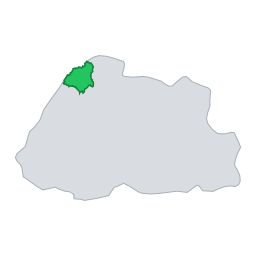 Laya, Gasa, Bhutan (highlighted)
{"feature_id": "84629894B6989657948479", "entity_name": "Laya", "entity_type": "district", "adm_level": 2, "iso_a3": "BTN", "parent_name": "Bhutan", "parent_adm1": "Gasa", "projection": "equal_earth", "projection_center": [89.7, 28.07], "detail": "medium", "context": "in_parent", "style": "filled", "palette": "green", "viewbox_px": 256, "rotation_deg": 0, "n_neighbors": 0, "source": "geoboundaries", "source_scale": "gbopen_adm2", "svg_char_len": 2807}
<svg xmlns="http://www.w3.org/2000/svg" viewBox="0 0 256 256"><path d="M210.0,105.1L209.6,107.1L207.7,112.5L206.5,118.4L207.6,123.2L211.9,129.0L217.6,133.6L224.9,133.9L231.6,132.2L234.3,132.9L238.0,140.6L240.6,147.3L237.2,154.1L235.3,160.2L234.6,164.4L235.1,166.3L237.3,169.8L239.8,175.7L240.2,181.1L238.6,184.7L235.2,186.5L231.5,186.0L228.5,186.1L224.6,186.7L218.7,188.7L213.2,191.3L202.8,190.8L198.6,185.5L196.6,185.4L187.2,192.4L176.9,191.2L158.1,193.5L150.3,194.0L142.2,193.3L138.2,191.8L130.6,186.9L123.7,183.3L116.7,186.6L114.3,187.2L108.7,195.6L96.5,198.4L84.4,200.4L80.9,199.3L74.0,198.8L73.8,196.8L74.0,194.9L72.4,193.4L69.7,191.8L64.9,191.2L58.8,189.1L55.3,187.1L42.9,190.0L35.7,185.6L27.5,179.6L23.3,176.9L21.8,167.5L20.4,164.5L17.2,161.4L15.4,157.6L16.8,153.8L25.0,146.7L25.7,145.0L29.5,131.7L34.7,126.8L39.9,120.1L43.9,109.4L51.4,98.5L59.7,87.3L65.4,78.1L69.2,73.9L77.0,69.3L83.5,66.6L88.0,60.5L93.4,57.2L99.0,55.6L107.3,56.4L115.1,58.6L123.6,61.6L124.6,64.1L123.9,68.4L122.7,72.8L122.6,75.1L123.9,76.3L132.3,77.2L142.6,76.5L148.3,77.1L161.1,81.1L164.9,84.0L168.8,86.2L172.6,85.8L177.5,81.1L182.6,77.1L185.7,76.5L188.0,77.8L192.1,81.6L200.6,85.2L208.1,87.9L210.6,90.4L209.8,101.4L210.0,105.1Z" fill="#d9dde1" stroke="#a8b0b8" stroke-width="1"/><path d="M83.0,93.1L84.4,91.6L84.4,90.6L84.8,88.8L85.0,88.7L85.7,88.7L87.4,87.4L87.7,87.0L88.3,85.9L89.2,85.1L90.3,85.0L90.6,85.8L91.0,86.2L91.5,86.3L92.4,86.8L92.9,86.6L93.3,85.9L93.4,85.1L93.3,84.1L93.4,83.2L93.1,81.9L93.1,81.7L92.2,81.1L92.0,80.7L92.4,80.0L92.2,79.7L91.6,79.3L90.9,77.6L91.0,75.8L90.7,75.2L91.1,74.0L91.1,73.0L91.3,72.8L92.7,71.7L92.7,71.1L92.4,70.6L92.4,70.1L92.9,67.9L93.3,67.2L93.2,66.5L92.7,65.9L92.7,65.4L92.0,64.7L91.5,63.6L91.0,63.0L90.9,62.9L90.4,63.1L89.3,63.2L88.7,62.2L88.3,62.0L87.9,61.9L87.3,62.2L86.7,61.3L86.4,61.4L86.1,62.5L85.2,63.2L84.7,63.4L85.1,64.6L85.1,65.4L84.6,66.1L84.2,66.2L83.9,66.6L83.2,66.5L82.7,66.1L82.4,67.2L81.8,67.9L81.4,67.9L80.7,67.4L79.5,67.2L78.8,66.9L78.2,67.8L77.4,68.1L77.2,68.3L76.5,68.2L76.1,67.9L75.3,68.6L74.9,68.6L74.3,68.2L73.4,68.7L73.0,68.8L73.1,69.5L72.6,70.6L72.0,71.1L71.9,71.8L71.3,72.5L71.1,72.7L70.6,72.7L70.2,73.1L70.2,74.0L69.4,75.1L69.0,75.5L67.4,74.9L67.0,75.7L67.0,76.2L66.4,76.8L66.3,77.3L65.8,77.8L65.6,77.9L65.5,78.4L65.0,79.1L65.0,79.5L64.0,80.2L64.1,80.7L64.8,81.5L64.7,82.1L64.5,82.3L63.5,82.8L63.5,83.4L63.9,83.8L64.0,84.1L64.4,84.2L65.4,84.0L67.0,85.3L68.5,85.4L68.8,85.8L68.9,86.6L69.3,86.4L69.4,86.1L69.9,85.9L70.9,86.0L71.6,86.3L72.3,86.2L72.6,85.7L72.9,85.8L73.0,86.1L73.5,86.3L73.6,86.7L73.9,86.8L74.2,86.6L74.4,86.6L74.7,86.9L74.9,87.0L75.1,86.8L75.7,87.7L76.3,87.6L76.4,88.4L76.7,88.6L77.4,89.4L77.8,89.7L78.5,90.8L79.3,91.1L79.6,91.7L79.7,93.0L80.0,92.4L80.8,91.7L81.4,91.8L82.3,91.2L83.0,93.1Z" fill="#22c55e" stroke="#15803d" stroke-width="1.5"/></svg>